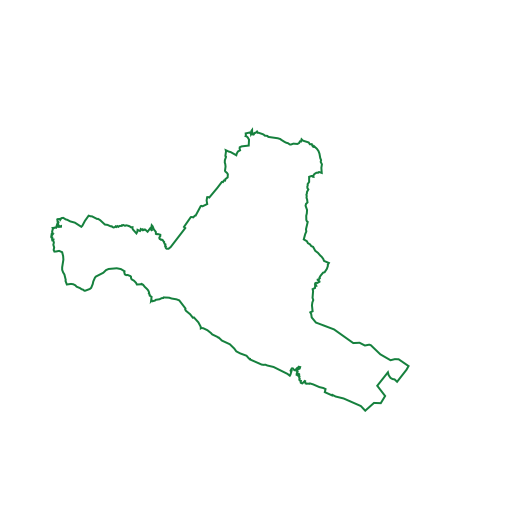 Gura Vitioarei, Prahova, Romania (orthographic projection), rotated 302°
{"feature_id": "2599482B61125475068654", "entity_name": "Gura Vitioarei", "entity_type": "district", "adm_level": 2, "iso_a3": "ROU", "parent_name": "Romania", "parent_adm1": "Prahova", "projection": "orthographic", "projection_center": [26.028, 45.151], "detail": "fine", "context": "isolated", "style": "outline", "palette": "green", "viewbox_px": 512, "rotation_deg": 302, "n_neighbors": 0, "source": "geoboundaries", "source_scale": "gbopen_adm2", "svg_char_len": 6102}
<svg xmlns="http://www.w3.org/2000/svg" viewBox="0 0 512 512"><g transform="rotate(302 256 256)"><path d="M239.3,443.9L243.5,443.7L244.0,431.7L242.1,428.4L238.9,425.3L238.5,413.5L241.2,400.7L240.8,399.0L237.8,395.8L237.3,389.8L233.7,384.6L235.1,361.1L231.3,342.1L233.4,335.8L236.0,333.6L237.0,331.9L239.1,333.3L243.8,329.6L246.5,328.4L249.0,327.9L250.5,326.1L256.5,323.0L257.9,321.6L260.2,323.0L262.1,321.9L262.7,322.9L263.1,322.5L263.5,320.9L264.4,320.7L265.2,321.2L265.5,322.2L267.8,323.5L268.1,323.3L268.4,320.9L268.6,320.8L269.6,321.7L271.0,321.9L271.3,321.3L273.5,321.2L277.4,321.7L278.6,322.8L282.7,322.9L285.7,322.2L286.6,321.5L288.7,321.5L287.9,316.3L289.2,314.5L290.2,311.9L290.4,310.4L291.5,306.9L291.8,303.5L294.0,299.6L293.7,297.6L294.5,295.6L294.4,293.2L295.5,291.3L295.4,287.7L300.7,286.1L303.4,285.7L305.2,284.2L312.3,281.8L312.4,280.8L313.2,279.6L316.7,277.3L319.1,276.5L322.1,274.9L324.9,271.4L326.7,270.8L328.7,271.3L331.1,269.3L332.1,268.0L333.8,267.2L334.6,266.3L336.0,266.0L337.3,265.3L340.2,265.1L340.7,263.8L341.9,262.8L343.4,262.4L344.3,261.7L347.0,261.8L351.3,259.1L353.3,260.7L353.6,261.2L353.3,262.0L353.6,262.8L354.5,262.0L356.5,262.1L358.6,263.1L359.6,264.6L360.2,264.6L360.7,265.2L361.3,267.7L365.4,264.7L368.7,263.3L370.1,261.0L371.8,260.4L373.1,258.6L376.4,255.6L378.1,253.4L379.2,250.8L379.9,247.0L379.1,247.2L378.9,246.7L379.4,245.3L380.4,244.0L379.3,242.5L380.2,240.5L378.7,234.7L379.1,232.8L376.9,233.5L376.4,232.5L374.7,232.7L373.0,231.8L371.1,228.2L369.0,226.5L368.5,225.6L368.6,223.2L368.1,221.8L367.9,219.9L367.9,215.4L368.1,214.8L367.4,212.1L363.5,203.3L363.9,202.1L362.7,199.6L363.0,198.4L362.9,197.2L361.9,192.9L361.4,192.2L362.1,190.9L360.2,190.4L359.9,189.8L359.2,189.4L358.5,189.7L357.7,189.6L357.1,188.2L357.6,187.8L358.0,188.1L358.4,187.5L360.8,185.9L359.8,185.8L357.9,187.1L356.6,187.2L357.5,186.4L357.2,185.7L357.5,185.3L354.5,182.3L352.8,183.6L352.2,183.6L352.4,185.0L352.2,186.1L351.0,188.4L345.8,191.3L341.3,185.7L339.6,184.6L338.5,185.1L337.2,186.5L335.1,185.3L332.7,185.4L331.0,185.9L330.7,179.4L330.1,177.5L329.7,174.3L328.9,175.1L324.6,177.0L324.4,177.8L323.9,178.1L320.8,178.8L318.7,180.0L317.7,181.2L315.7,182.8L311.9,184.5L311.4,185.2L311.1,187.3L310.4,188.8L307.6,190.3L305.1,189.3L303.6,189.8L303.3,188.9L301.2,188.8L301.1,188.1L300.7,187.8L293.2,187.1L280.8,185.4L280.6,184.1L280.0,183.4L276.9,184.7L274.2,187.1L269.8,184.3L269.6,183.2L269.0,182.7L258.3,183.4L257.8,182.8L255.5,182.3L255.1,181.0L254.4,180.1L242.5,179.5L242.2,181.2L218.4,178.9L215.8,178.0L214.8,176.3L215.0,175.3L215.6,174.6L216.3,174.5L216.3,173.6L217.6,173.2L217.9,173.0L217.8,172.2L218.9,170.6L219.3,170.5L219.4,169.6L219.9,168.9L220.1,168.0L219.4,167.0L219.7,166.5L219.4,165.5L219.6,164.9L220.5,164.2L222.2,164.3L223.3,163.6L222.6,161.1L222.0,160.6L221.7,159.4L223.4,158.2L224.4,155.3L226.4,152.6L226.8,151.3L224.4,152.3L222.2,154.5L223.3,151.6L219.1,151.2L219.7,148.0L219.5,147.5L218.6,147.2L217.9,146.4L218.5,145.7L217.9,145.4L217.8,144.0L216.4,144.5L215.7,144.4L215.4,141.7L213.7,142.5L211.8,142.6L213.3,137.5L213.9,136.6L215.0,136.0L214.0,134.5L214.3,132.9L213.9,132.2L213.9,131.5L213.2,129.6L212.2,128.9L212.0,127.1L211.4,126.7L211.2,126.1L210.4,126.2L209.2,124.4L207.8,123.8L208.0,122.8L206.8,122.3L207.1,121.7L207.0,121.3L205.8,121.1L204.7,120.1L204.5,118.7L204.8,117.9L204.1,116.8L203.7,113.6L202.6,111.2L203.8,104.9L203.8,102.4L203.2,101.6L202.7,95.8L202.1,94.9L201.5,92.7L195.2,92.3L189.7,92.7L188.2,92.4L188.3,84.7L186.9,80.1L186.7,76.8L186.2,75.3L186.2,72.3L185.0,70.9L182.9,70.8L183.4,69.9L182.0,68.1L181.5,68.2L181.3,68.7L180.4,69.1L180.2,69.9L177.0,70.7L178.0,71.1L177.6,71.2L177.7,71.9L177.0,72.6L177.5,74.4L178.0,74.8L177.5,75.1L176.2,73.4L175.5,71.9L174.7,71.3L174.0,71.5L173.5,70.3L172.3,69.7L172.4,69.1L172.0,68.7L171.7,69.2L168.6,70.2L167.8,71.2L166.8,70.9L165.6,71.4L166.4,71.6L166.7,72.1L165.1,72.0L163.3,72.8L163.3,73.1L164.4,73.1L162.1,74.3L162.4,74.7L161.6,75.1L161.9,75.4L161.4,75.4L161.3,76.4L160.2,77.5L158.1,78.2L156.3,80.3L153.9,81.2L152.9,82.7L153.9,84.1L156.0,86.3L156.5,89.6L153.7,92.5L150.8,94.6L143.7,97.6L141.5,99.0L139.9,101.1L138.8,103.3L134.9,107.3L133.9,107.7L131.6,110.7L134.3,113.9L135.2,116.0L135.4,118.4L134.9,120.1L135.5,123.7L135.4,125.7L135.8,127.2L135.6,128.9L136.0,129.5L139.9,132.5L141.6,133.1L145.7,132.4L148.2,131.5L152.3,130.9L153.7,131.1L160.9,135.4L164.6,136.3L166.9,137.9L171.8,144.4L173.3,148.3L173.4,152.6L172.5,152.8L170.9,154.5L171.0,156.1L171.9,157.2L172.4,160.2L172.2,160.9L171.0,161.8L170.3,162.9L170.4,165.6L169.7,168.4L168.7,170.1L170.9,173.2L171.7,173.6L171.8,173.9L171.4,174.5L171.8,175.5L170.9,177.9L170.3,180.9L169.7,182.8L168.4,184.7L167.4,185.0L167.1,186.2L166.1,186.8L166.0,189.1L162.4,190.8L163.3,190.9L162.6,192.0L164.6,193.9L165.7,194.2L168.2,197.1L170.3,198.4L171.2,199.6L171.9,199.6L174.6,204.4L175.2,206.9L177.1,211.5L177.7,214.4L174.1,224.0L173.1,224.3L172.4,225.7L171.7,231.0L170.2,235.2L171.0,235.9L169.2,242.3L166.7,246.6L165.4,247.5L166.0,247.8L166.8,249.6L167.3,254.1L166.8,258.6L166.3,260.4L166.9,265.8L166.8,267.4L167.1,267.6L166.2,271.9L167.3,280.6L166.0,286.6L164.7,289.8L165.0,294.1L166.4,300.8L165.3,304.4L165.6,305.4L165.1,305.7L166.9,318.3L167.7,320.1L168.8,321.6L169.1,323.5L171.2,329.7L172.7,345.1L172.4,348.1L173.5,348.1L177.5,347.0L177.4,346.7L176.6,346.8L177.0,346.1L179.6,345.9L180.2,346.7L179.6,348.7L179.7,349.7L183.0,350.3L183.9,351.0L184.7,350.9L185.2,352.3L183.7,352.7L181.8,351.5L180.0,351.8L179.9,352.6L178.2,352.7L178.1,353.3L176.8,353.4L176.8,355.5L178.0,355.3L178.3,354.4L178.7,354.7L178.6,355.3L177.2,356.0L177.0,356.7L175.6,357.1L175.1,358.1L174.0,358.3L173.6,359.1L173.9,360.3L172.3,361.0L172.2,361.5L172.5,362.8L175.9,363.6L175.9,364.0L174.7,364.2L174.8,365.1L174.2,365.6L174.5,366.7L175.3,367.6L175.9,369.0L176.5,369.2L177.4,372.5L178.4,379.2L179.7,383.0L180.0,385.5L177.0,386.5L178.1,394.5L178.7,394.4L179.0,397.9L181.6,405.8L184.1,422.9L184.3,424.5L182.7,430.6L193.9,433.9L197.3,439.8L205.7,439.7L210.2,427.6L227.3,429.5L225.2,431.7L223.9,434.7L224.0,437.0L224.8,438.9L224.1,442.3L239.3,443.9Z" fill="none" stroke="#15803d" stroke-width="2"/></g></svg>